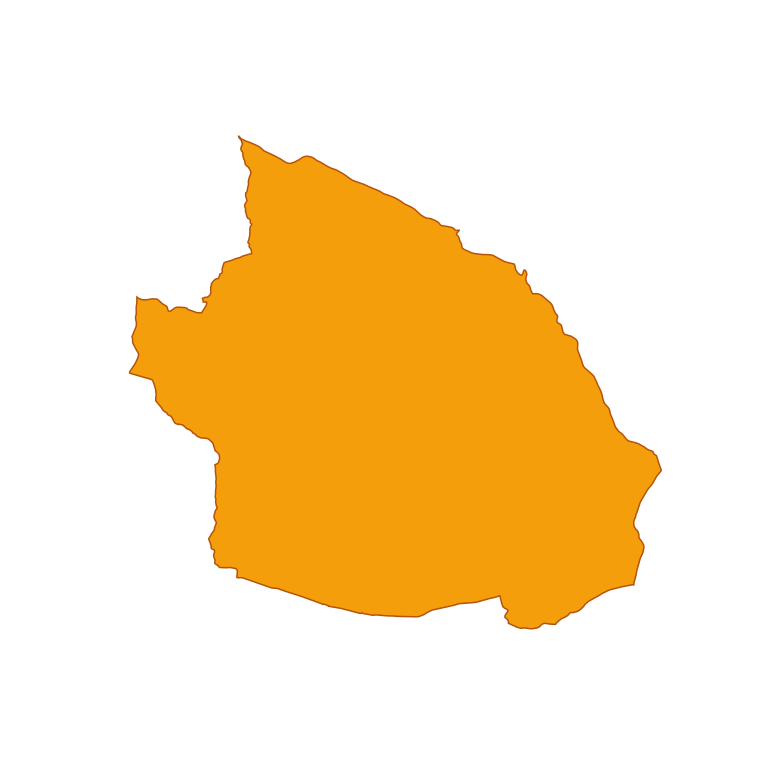 Adunati, Prahova, Romania (Equal Earth projection), rotated 163°
{"feature_id": "2599482B72969969985711", "entity_name": "Adunati", "entity_type": "district", "adm_level": 2, "iso_a3": "ROU", "parent_name": "Romania", "parent_adm1": "Prahova", "projection": "equal_earth", "projection_center": [25.597, 45.18], "detail": "fine", "context": "isolated", "style": "filled", "palette": "amber", "viewbox_px": 768, "rotation_deg": 163, "n_neighbors": 0, "source": "geoboundaries", "source_scale": "gbopen_adm2", "svg_char_len": 6171}
<svg xmlns="http://www.w3.org/2000/svg" viewBox="0 0 768 768"><g transform="rotate(163 384 384)"><path d="M450.6,664.0L450.7,662.2L449.3,658.9L449.2,658.3L449.4,656.3L449.0,655.4L449.4,654.5L451.8,651.7L452.2,650.2L452.2,648.9L451.4,646.8L452.3,642.5L452.3,640.9L452.0,638.0L452.4,634.6L451.6,632.7L450.8,631.9L450.1,630.3L449.4,627.3L449.4,625.4L449.9,624.1L452.4,621.0L454.2,617.9L454.7,616.9L455.1,614.7L457.5,610.6L458.7,608.0L460.3,607.2L461.3,604.5L461.4,599.8L461.7,599.2L462.6,598.1L464.2,596.9L465.2,595.1L465.3,593.6L465.1,592.2L466.0,589.7L466.0,588.0L465.8,587.5L466.2,585.2L465.9,582.5L464.4,580.9L464.2,580.4L464.1,579.2L464.6,578.1L464.7,577.3L463.8,575.8L464.2,575.0L465.8,573.6L466.7,572.1L468.7,565.9L471.0,561.6L472.6,559.5L472.7,558.5L471.8,557.2L472.0,556.6L472.7,555.4L472.8,554.5L472.0,552.1L471.8,549.5L472.4,548.4L472.5,547.4L475.1,547.6L482.2,547.6L484.5,547.1L489.6,547.2L493.9,546.8L500.2,546.9L501.5,546.7L504.4,542.6L505.2,541.1L505.6,539.3L506.6,537.6L508.9,537.0L511.0,533.7L511.7,533.4L514.2,533.6L516.7,532.6L519.6,530.5L519.9,530.0L520.0,529.2L521.4,527.3L522.3,524.5L522.6,522.7L523.8,520.5L524.9,519.7L527.3,518.7L530.1,519.2L532.6,519.0L532.7,517.7L532.5,516.1L533.0,515.3L530.2,514.4L529.6,514.0L529.8,513.4L531.1,511.0L537.7,505.4L543.0,507.3L543.3,507.9L549.8,512.6L550.1,513.7L550.9,514.5L552.5,515.5L559.1,517.9L561.6,518.0L565.3,516.6L567.6,516.1L568.4,516.4L569.0,517.4L568.9,521.0L569.2,521.9L572.2,525.2L575.7,530.9L576.6,531.7L580.4,533.1L587.2,534.1L590.8,535.4L593.7,537.7L594.9,539.4L596.5,534.3L598.6,529.7L600.4,523.5L602.1,520.6L602.6,518.1L602.8,515.3L603.8,512.3L604.4,511.2L611.2,502.9L611.3,500.3L612.0,498.0L612.2,496.2L610.8,488.8L610.1,486.3L610.0,484.8L610.3,483.4L611.7,481.1L615.8,476.4L622.9,470.7L624.0,469.3L623.9,468.6L604.6,456.0L604.1,454.2L603.9,450.5L604.0,445.7L604.9,440.6L606.1,438.0L607.2,434.7L603.7,426.3L603.0,423.2L601.8,421.9L601.6,421.1L600.3,420.3L599.7,417.9L597.0,415.2L596.3,412.9L596.2,411.0L595.2,407.5L592.7,405.5L592.4,405.7L591.4,405.4L590.0,404.4L588.3,403.6L588.1,402.8L587.2,401.9L586.0,399.3L582.8,396.6L581.4,394.4L581.3,393.2L579.7,391.9L578.1,388.9L576.3,387.2L575.2,386.2L570.1,384.1L568.5,383.2L567.5,382.1L565.8,379.3L565.0,377.3L564.9,369.3L563.7,367.9L562.3,364.9L562.9,361.0L564.9,357.7L566.3,356.6L569.4,356.2L569.7,353.2L570.9,349.3L572.1,342.8L573.7,338.9L574.1,336.5L575.2,333.4L576.2,331.5L576.9,329.1L578.4,325.4L578.5,322.7L579.3,321.2L579.8,318.3L579.9,315.7L579.7,314.4L581.0,313.0L581.6,312.8L582.6,311.8L584.8,308.1L585.6,306.3L585.4,303.2L584.8,300.9L584.9,300.4L586.6,297.8L587.9,296.5L588.9,294.1L592.5,291.3L597.0,287.1L596.5,280.2L597.3,277.7L596.9,276.7L595.2,275.3L594.9,274.7L594.8,274.0L595.2,272.9L597.1,270.0L597.3,267.3L597.1,265.1L598.3,261.8L595.9,258.9L595.3,257.3L594.6,256.5L589.0,254.5L584.8,253.5L579.7,250.8L579.0,249.5L578.9,248.2L579.9,245.3L581.2,242.5L581.2,242.0L580.7,241.6L576.2,240.2L551.2,221.9L544.6,219.1L544.3,218.6L540.0,215.4L524.1,204.3L507.5,191.8L507.2,191.3L505.1,190.6L501.7,187.9L501.9,187.6L491.1,182.2L473.7,171.5L471.5,171.4L471.4,170.8L461.7,165.8L459.9,165.8L448.9,161.4L440.3,158.5L440.4,158.3L421.1,151.9L418.6,151.4L413.2,151.8L408.3,153.1L403.7,153.7L382.5,152.0L376.1,151.9L361.9,148.7L358.6,148.3L346.2,148.0L339.1,147.5L335.1,147.6L335.6,139.3L335.4,136.3L334.4,134.6L331.9,132.1L331.6,131.2L332.6,129.9L335.3,127.9L335.9,127.2L336.4,126.1L336.6,125.6L336.3,124.8L335.0,123.1L334.6,121.8L334.5,120.3L335.0,118.8L328.1,112.7L324.6,110.4L320.6,109.6L316.6,107.6L314.3,106.7L309.8,106.0L306.3,106.3L305.0,107.2L303.3,108.0L300.7,108.3L294.5,105.5L290.3,104.0L288.3,105.4L283.2,107.6L278.3,108.3L276.1,108.9L272.6,110.9L269.4,110.0L265.7,110.0L264.1,110.2L261.2,111.3L258.0,113.0L256.0,114.6L252.0,116.3L247.0,117.5L241.6,118.5L236.6,119.9L229.5,121.0L226.7,121.1L215.2,120.5L205.4,119.4L203.8,118.9L203.6,119.9L198.6,128.0L196.9,131.5L189.8,142.5L186.8,145.8L185.3,147.8L183.5,151.1L182.9,152.8L182.9,154.6L183.3,157.0L185.1,162.4L184.3,165.7L184.3,168.0L184.7,169.7L185.8,172.0L186.4,174.7L186.3,176.6L185.1,180.0L182.1,183.7L181.0,185.8L180.3,186.3L173.9,195.5L172.5,197.0L163.2,205.6L156.3,210.3L150.4,215.9L145.0,219.5L144.2,220.2L144.0,220.8L144.3,225.5L144.4,235.3L144.4,235.7L146.2,238.0L146.8,241.1L150.6,243.9L151.9,245.3L153.5,247.7L158.4,252.7L161.4,254.8L166.3,257.7L167.1,258.4L168.3,260.2L170.7,266.4L173.2,269.8L173.8,271.0L174.3,273.0L174.7,273.0L175.3,276.0L175.8,285.0L176.2,287.7L176.3,290.6L176.0,291.2L176.0,294.4L176.6,296.3L178.3,299.8L179.0,302.2L179.1,305.0L178.6,310.7L178.9,315.0L179.8,320.2L180.3,325.3L181.0,329.7L181.7,331.6L187.4,340.8L188.1,342.8L188.3,345.5L188.2,348.9L188.9,359.5L188.7,361.0L186.8,366.3L186.7,367.6L187.0,369.7L187.6,370.8L191.1,375.0L196.8,378.7L197.5,380.8L197.6,382.0L197.3,386.0L197.3,388.3L197.9,389.6L200.0,391.7L200.4,393.3L199.5,395.7L198.2,397.6L198.2,398.9L199.4,401.7L200.0,405.8L199.8,407.0L200.2,410.4L201.0,412.7L207.1,422.4L208.6,423.9L210.5,425.3L212.2,426.0L215.1,426.7L215.5,427.2L216.2,430.2L216.1,435.1L217.8,438.8L218.0,441.7L217.4,443.9L215.4,446.9L215.2,447.9L215.4,450.5L216.1,451.8L216.7,452.0L217.7,451.0L218.8,449.1L219.8,448.1L220.9,448.0L221.7,448.4L223.5,450.7L224.5,454.2L224.6,456.5L224.2,459.1L224.4,460.6L231.1,464.6L233.7,466.5L242.4,475.4L245.6,476.9L252.4,479.2L259.7,482.5L261.1,483.3L263.6,485.3L268.2,489.5L269.5,491.4L269.0,494.8L269.1,496.2L269.7,498.5L269.5,501.8L269.9,503.7L270.9,505.9L270.5,506.8L267.1,508.9L267.1,509.1L270.1,509.8L271.3,510.8L271.8,512.4L273.4,513.9L278.1,516.5L282.7,518.7L283.5,519.6L284.7,522.5L286.7,524.9L290.8,528.4L295.1,530.4L297.2,532.4L299.5,535.1L303.4,541.8L306.0,545.0L311.6,550.1L315.4,554.9L319.1,558.8L324.7,563.3L328.5,565.9L332.0,569.9L340.2,576.6L344.5,580.5L354.2,587.7L356.4,590.2L360.6,595.8L364.8,600.4L367.4,603.0L371.2,605.6L374.0,608.2L379.9,614.7L382.9,617.4L385.1,620.4L386.8,622.1L390.1,624.0L392.4,624.7L395.6,624.6L399.7,623.3L405.6,622.3L409.4,622.4L411.7,623.4L414.1,625.8L417.1,629.3L422.7,634.9L430.7,642.1L432.3,645.0L434.2,647.6L436.6,649.9L441.8,654.4L445.3,656.9L449.0,660.4L450.6,664.0Z" fill="#f59e0b" stroke="#b45309" stroke-width="1.5"/></g></svg>